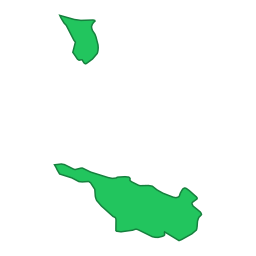 SVG path tracing the border of Bremen
{"feature_id": "DEU-1575", "entity_name": "Bremen", "entity_type": "State", "adm_level": 1, "iso_a3": "DEU", "parent_name": "Germany", "parent_adm1": "", "projection": "robinson", "projection_center": [8.734, 53.321], "detail": "fine", "context": "isolated", "style": "filled", "palette": "green", "viewbox_px": 256, "rotation_deg": 0, "n_neighbors": 0, "source": "natural_earth", "source_scale": "10m", "svg_char_len": 1820}
<svg xmlns="http://www.w3.org/2000/svg" viewBox="0 0 256 256"><path d="M61.3,164.0L64.5,164.6L73.7,169.2L74.9,169.5L75.4,169.5L81.0,168.1L82.5,168.1L90.7,172.1L108.3,177.6L112.3,178.4L115.5,178.1L116.3,177.9L116.6,177.8L117.1,177.3L118.3,177.1L125.0,176.7L128.7,177.1L129.3,177.5L129.7,177.9L130.0,178.4L130.1,178.9L130.0,179.5L129.8,180.1L130.5,181.0L132.0,182.0L138.6,185.3L140.1,185.7L148.4,185.5L152.0,186.1L152.6,186.4L157.0,189.9L162.9,193.2L173.2,197.2L175.9,197.7L177.5,197.3L178.4,197.0L179.0,196.5L179.4,195.9L179.6,195.3L180.0,194.1L180.4,193.0L181.8,190.5L182.5,189.4L183.1,188.7L184.5,188.0L185.4,188.1L186.4,188.5L189.4,190.7L196.4,196.9L197.1,197.9L197.1,198.8L196.1,199.6L192.7,202.1L192.0,203.1L191.9,203.6L193.0,206.0L200.3,212.0L201.0,213.1L201.5,214.4L201.0,215.2L198.9,217.3L198.2,218.9L197.5,221.2L197.1,226.5L196.8,228.6L196.4,230.0L191.9,233.8L181.5,239.6L179.0,240.6L164.6,231.9L164.5,232.2L164.4,232.7L164.6,233.8L164.6,234.9L163.7,235.8L162.2,236.4L158.1,237.4L155.2,237.3L152.3,236.7L138.1,229.7L136.5,229.2L135.5,229.2L132.6,230.2L121.0,231.8L116.6,231.2L116.3,230.8L115.9,230.6L115.9,230.3L116.0,230.0L115.9,229.3L116.0,219.6L115.7,218.3L115.1,217.4L113.1,216.5L101.4,206.0L96.7,200.5L96.1,199.1L95.5,197.2L95.3,196.2L94.8,189.3L90.6,182.8L88.7,181.5L82.2,181.9L78.9,181.6L71.9,177.9L59.6,174.0L57.1,169.7L56.1,167.5L54.5,164.8L61.3,164.0ZM72.8,52.3L75.4,42.1L73.9,40.2L66.3,25.4L64.1,23.1L61.0,18.0L59.8,15.4L74.4,19.5L80.9,20.4L93.1,20.0L94.7,20.4L95.0,21.1L93.9,22.1L93.1,23.1L92.4,24.1L92.0,25.1L91.5,26.6L91.8,28.6L92.5,30.6L94.9,34.2L96.0,37.1L98.0,44.9L98.2,47.8L98.0,50.3L97.6,52.3L97.1,53.6L92.5,59.0L86.4,63.5L85.8,63.7L85.4,63.8L84.8,63.5L84.0,62.9L82.1,59.8L81.9,59.8L81.2,59.8L79.1,60.2L77.5,59.2L73.9,53.9L72.8,52.3Z" fill="#22c55e" stroke="#15803d" stroke-width="1.5"/></svg>